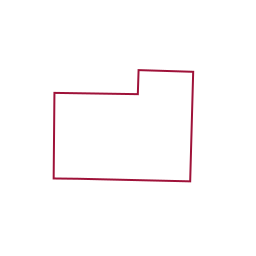 Hamilton, Texas, United States of America, rotated 32°
{"feature_id": "52423323B6154390219134", "entity_name": "Hamilton", "entity_type": "district", "adm_level": 2, "iso_a3": "USA", "parent_name": "United States of America", "parent_adm1": "Texas", "projection": "mercator", "projection_center": [-98.189, 31.717], "detail": "fine", "context": "isolated", "style": "outline", "palette": "rose", "viewbox_px": 256, "rotation_deg": 32, "n_neighbors": 0, "source": "geoboundaries", "source_scale": "gbopen_adm2", "svg_char_len": 255}
<svg xmlns="http://www.w3.org/2000/svg" viewBox="0 0 256 256"><g transform="rotate(32 128 128)"><path d="M47.0,137.2L91.7,210.2L112.9,197.3L209.0,140.3L153.5,45.8L106.3,73.3L118.4,94.1L47.0,137.2Z" fill="none" stroke="#9f1239" stroke-width="2"/></g></svg>